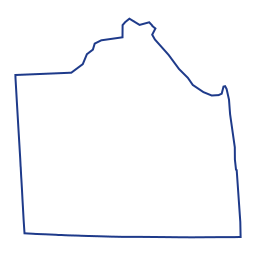 the district of Sussex, Delaware, United States of America
{"feature_id": "52423323B18332977345719", "entity_name": "Sussex", "entity_type": "district", "adm_level": 2, "iso_a3": "USA", "parent_name": "United States of America", "parent_adm1": "Delaware", "projection": "orthographic", "projection_center": [-75.391, 38.706], "detail": "fine", "context": "isolated", "style": "outline", "palette": "blue", "viewbox_px": 256, "rotation_deg": 0, "n_neighbors": 0, "source": "geoboundaries", "source_scale": "gbopen_adm2", "svg_char_len": 1238}
<svg xmlns="http://www.w3.org/2000/svg" viewBox="0 0 256 256"><path d="M20.2,158.3L20.4,162.2L20.5,164.3L20.6,166.4L20.7,167.1L21.2,176.8L21.4,179.8L22.0,190.2L22.4,197.9L22.4,198.0L22.9,206.8L23.5,217.7L23.6,219.5L24.5,233.3L33.9,233.8L34.8,233.9L39.8,234.1L45.7,234.3L56.5,234.8L58.2,235.0L59.5,235.0L61.4,235.0L64.6,235.2L69.3,235.4L69.6,235.4L78.1,235.6L81.8,235.8L82.3,235.8L88.4,236.0L89.4,236.0L96.4,236.2L97.0,236.2L113.3,236.7L114.6,236.7L119.3,236.8L124.7,236.9L125.1,236.9L132.6,236.9L137.8,236.9L142.6,236.9L165.5,237.1L169.8,237.1L172.3,237.2L188.3,237.3L194.9,237.3L209.5,237.2L227.0,237.1L233.6,237.1L234.8,237.1L235.4,237.1L239.1,237.0L239.4,237.0L240.6,237.0L240.3,222.0L236.7,170.1L236.4,169.8L236.3,169.7L236.0,169.6L234.9,159.5L234.8,147.3L230.1,114.3L229.7,109.2L229.0,99.7L226.6,89.0L225.1,86.2L223.5,86.6L221.7,93.7L218.6,95.1L211.7,95.5L203.4,92.1L202.8,91.7L193.0,85.1L192.8,85.0L187.9,77.9L179.0,69.0L168.6,54.9L154.9,39.5L152.2,34.7L155.4,28.5L152.4,26.1L152.3,25.6L149.2,22.3L139.6,24.9L129.4,18.7L125.3,22.0L122.6,25.1L122.5,37.3L101.3,40.3L94.7,43.6L92.9,49.6L86.9,54.2L82.8,64.1L71.3,72.7L15.4,75.0L15.5,78.3L16.0,87.0L16.9,102.6L18.4,128.2L20.2,158.3Z" fill="none" stroke="#1e3a8a" stroke-width="2"/></svg>